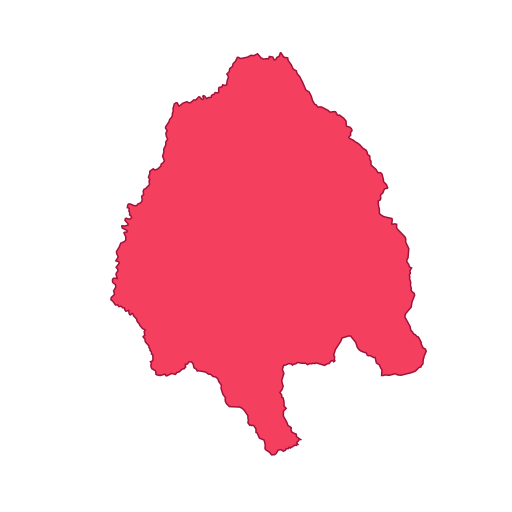 Gonzanama, Loja, Ecuador, rotated 348°
{"feature_id": "8360857B83721057206969", "entity_name": "Gonzanama", "entity_type": "district", "adm_level": 2, "iso_a3": "ECU", "parent_name": "Ecuador", "parent_adm1": "Loja", "projection": "robinson", "projection_center": [-79.462, -4.166], "detail": "fine", "context": "isolated", "style": "filled", "palette": "rose", "viewbox_px": 512, "rotation_deg": 348, "n_neighbors": 0, "source": "geoboundaries", "source_scale": "gbopen_adm2", "svg_char_len": 6092}
<svg xmlns="http://www.w3.org/2000/svg" viewBox="0 0 512 512"><g transform="rotate(348 256 256)"><path d="M261.4,444.8L258.1,441.2L258.3,438.6L254.7,436.1L254.0,433.8L254.8,431.1L252.0,428.3L251.5,424.6L249.5,418.3L250.6,413.5L253.9,411.3L252.3,408.8L253.1,404.1L253.0,400.4L251.9,399.6L252.2,396.9L250.9,394.5L253.5,392.3L255.6,388.8L255.3,387.4L255.2,383.3L258.9,376.6L258.2,372.4L260.3,368.7L262.4,368.8L265.6,368.1L268.3,368.9L268.8,370.3L270.3,369.7L272.6,369.7L274.3,368.8L279.4,370.7L282.3,371.1L283.7,373.0L286.5,372.4L288.2,373.1L289.5,372.7L291.2,373.5L292.5,373.0L300.4,377.3L303.1,376.3L305.2,376.3L308.0,374.0L309.5,374.6L310.0,375.7L311.4,374.9L311.1,373.4L312.0,371.0L311.4,369.0L314.3,363.9L321.3,356.9L323.0,354.1L329.7,353.5L331.9,353.9L335.0,360.0L335.6,361.3L336.1,366.3L337.3,369.1L339.1,371.0L343.8,373.9L344.2,376.0L345.0,376.9L346.9,377.1L350.1,379.9L351.4,379.9L351.5,385.6L354.1,388.3L354.7,391.7L355.6,393.2L354.0,399.0L356.1,399.4L357.4,399.1L361.4,400.4L367.9,400.1L369.6,401.7L373.2,402.8L384.2,402.4L388.0,401.7L392.6,398.8L394.2,398.9L394.9,397.7L396.8,396.3L398.4,390.9L399.0,390.7L399.4,389.2L402.7,384.6L402.3,382.2L400.5,380.7L400.1,379.7L399.2,375.8L399.7,374.9L398.0,369.0L396.8,368.4L395.4,366.1L393.9,364.9L393.3,362.9L392.0,360.7L392.1,357.2L388.9,346.5L390.3,343.6L397.1,338.3L399.0,333.5L403.1,327.2L402.9,325.3L401.2,323.3L400.6,321.7L401.2,320.0L401.0,316.9L401.9,313.8L401.5,310.3L402.1,308.3L402.0,306.5L403.5,304.9L403.4,302.5L405.7,300.1L403.8,298.5L403.6,296.0L402.3,292.8L402.9,291.0L404.3,289.4L407.0,280.6L405.4,274.1L405.4,272.7L406.0,271.1L405.8,268.5L399.6,258.6L399.4,257.6L400.2,254.2L398.3,253.4L395.6,253.2L395.4,252.8L396.7,249.3L396.8,247.6L389.2,244.1L386.3,241.3L385.6,239.9L386.4,235.8L386.3,232.2L386.9,227.7L388.9,227.1L389.9,226.1L390.4,222.7L390.9,221.9L393.1,220.8L395.1,217.7L396.1,217.0L398.6,217.1L399.0,216.7L398.4,213.2L396.2,209.8L396.5,208.0L396.3,202.1L395.2,200.4L392.5,199.7L391.4,196.3L387.9,191.5L387.5,190.4L388.2,187.2L387.4,185.3L388.1,181.9L386.2,179.8L386.3,177.6L385.8,175.5L382.9,172.7L380.6,168.7L378.6,166.4L377.0,165.2L375.4,163.1L371.6,160.1L371.6,158.9L373.7,157.6L374.2,154.7L375.7,153.7L376.1,152.8L375.8,151.3L374.6,149.5L371.4,147.8L372.1,142.7L370.5,139.6L367.0,135.5L365.1,135.4L363.8,131.5L362.6,131.0L358.3,130.7L356.7,128.5L351.0,123.8L347.4,123.1L346.2,120.6L344.9,119.7L343.6,115.5L343.3,111.2L342.0,106.4L339.6,104.4L339.1,103.2L337.9,96.6L336.0,89.5L334.2,86.3L333.9,83.2L331.5,81.1L331.1,80.3L330.2,76.2L328.1,71.5L328.2,68.8L327.1,68.2L326.1,68.2L324.3,66.8L322.7,62.5L322.1,62.3L320.1,65.5L317.7,66.1L316.0,68.1L314.5,67.8L313.8,64.9L310.6,63.6L309.2,65.7L307.1,65.1L304.5,65.1L302.2,63.4L299.6,58.5L295.7,59.6L292.7,58.6L289.2,59.7L283.2,59.7L281.9,59.6L280.1,58.0L279.0,57.8L276.5,61.2L273.6,63.1L272.3,65.8L269.3,67.1L268.1,70.1L265.3,72.0L266.1,73.9L266.1,75.6L264.5,78.0L262.8,82.5L261.3,82.7L259.0,81.6L258.1,83.2L257.5,83.5L254.9,83.4L254.1,84.9L253.6,88.1L252.6,88.5L250.0,87.6L248.7,89.0L245.9,89.6L245.2,91.5L242.4,91.1L240.4,91.8L239.1,89.1L238.3,88.3L237.2,88.6L237.4,91.2L236.5,91.8L235.6,91.5L234.0,88.7L233.2,88.4L229.5,90.9L227.5,90.4L223.7,92.5L222.1,92.1L220.7,90.8L219.5,90.8L216.1,91.4L212.0,93.4L211.6,93.1L210.8,89.8L209.7,89.5L207.7,90.3L205.4,94.7L205.1,97.3L204.2,98.4L203.1,101.7L201.9,103.1L200.0,104.4L198.8,106.6L194.4,110.9L194.1,112.1L195.2,115.1L193.5,116.9L193.3,117.7L193.2,120.3L193.9,123.4L191.6,125.4L190.7,128.9L188.1,132.0L187.5,135.0L185.4,139.1L186.2,143.9L184.2,145.6L182.4,146.4L181.6,148.3L177.9,150.5L174.9,150.9L173.6,149.3L169.7,151.1L169.2,153.4L167.2,156.5L168.0,159.3L167.1,160.1L166.6,164.1L162.1,167.1L160.1,167.6L159.1,169.3L158.8,172.6L156.6,173.7L156.3,177.5L155.5,179.1L153.7,180.1L151.0,180.7L150.2,181.6L149.1,181.9L146.7,181.1L144.4,179.3L142.9,178.7L142.0,178.7L141.0,179.7L140.2,182.0L141.3,182.4L141.8,183.3L141.0,185.7L141.5,187.3L140.9,189.5L141.9,190.6L142.4,192.3L140.9,193.6L138.9,193.3L137.3,192.2L136.1,192.1L135.2,193.9L137.5,197.8L137.3,199.1L133.7,199.4L131.2,198.5L130.9,199.0L131.0,200.9L134.9,204.0L135.3,205.2L134.6,205.8L132.5,205.4L131.6,205.9L132.6,210.0L131.9,213.4L130.3,214.5L126.3,215.4L124.0,218.9L120.5,222.5L120.2,224.4L121.0,228.4L117.9,231.6L120.6,233.2L120.7,234.7L117.0,237.7L116.8,238.2L117.9,239.8L118.0,241.0L117.6,242.1L115.7,243.8L115.2,244.9L115.6,249.1L112.4,248.1L111.4,248.5L110.6,249.5L110.3,251.6L110.8,252.7L112.5,254.5L112.4,257.3L109.4,260.6L109.7,263.0L109.3,264.4L105.8,266.4L105.0,268.6L106.7,270.7L108.3,274.7L110.6,275.1L111.3,277.0L113.6,277.1L114.9,279.0L116.3,279.3L116.6,279.9L116.5,281.3L117.2,283.0L120.2,282.8L119.9,285.9L120.4,287.3L121.3,287.4L122.7,286.4L123.4,286.7L123.9,289.2L126.0,292.6L126.2,295.5L127.4,297.5L128.1,300.1L130.0,303.5L132.2,305.2L132.3,305.6L130.9,306.7L130.7,310.6L129.1,311.1L128.7,311.6L130.2,314.3L129.8,316.2L130.1,317.4L132.5,321.6L132.3,323.5L133.1,324.8L132.6,326.2L133.8,327.9L133.4,330.2L134.5,331.3L133.7,335.7L133.0,337.1L130.8,337.4L131.4,339.2L130.5,340.7L130.3,342.7L130.7,344.6L133.7,347.3L133.9,348.5L133.5,350.7L134.0,351.5L137.4,353.0L142.4,352.6L142.9,354.2L143.6,354.7L149.1,353.4L152.7,355.1L154.2,353.5L156.8,353.4L160.3,351.3L162.6,351.3L163.5,350.0L164.1,350.0L164.4,347.2L166.5,347.4L168.4,345.6L170.9,346.2L172.0,348.2L172.1,352.4L174.1,354.4L174.6,356.3L176.2,356.4L182.7,359.1L184.6,361.4L185.6,362.0L186.8,362.0L189.0,365.0L191.5,366.0L193.2,368.4L193.5,371.1L195.3,375.2L194.3,378.0L194.8,384.1L196.7,388.5L196.0,389.6L195.8,391.7L196.4,394.3L198.7,397.8L208.7,400.4L210.9,402.2L212.4,404.4L214.9,410.6L214.4,412.8L214.4,415.0L213.4,417.4L214.7,420.3L215.5,420.1L216.2,420.9L217.4,420.9L218.7,421.7L220.0,425.2L219.3,428.6L220.3,429.2L221.5,434.9L225.6,437.7L225.8,442.5L224.8,446.1L225.0,447.3L228.3,450.7L230.0,453.8L232.9,454.2L234.6,453.4L237.4,450.4L240.2,450.7L242.2,452.7L244.4,452.1L245.6,450.7L247.4,451.2L248.8,449.9L249.5,451.0L254.8,449.1L256.2,449.7L257.2,448.9L257.8,449.0L256.9,447.0L257.1,446.8L259.0,445.7L259.7,444.7L261.4,444.8Z" fill="#f43f5e" stroke="#9f1239" stroke-width="1.5"/></g></svg>